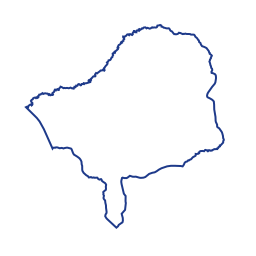 the district of Sameakki Mean Chey, Kâmpóng Chhnang, Cambodia, rotated 169°
{"feature_id": "14789045B48917657678011", "entity_name": "Sameakki Mean Chey", "entity_type": "district", "adm_level": 2, "iso_a3": "KHM", "parent_name": "Cambodia", "parent_adm1": "Kâmpóng Chhnang", "projection": "albers", "projection_center": [104.566, 11.892], "detail": "fine", "context": "isolated", "style": "outline", "palette": "blue", "viewbox_px": 256, "rotation_deg": 169, "n_neighbors": 0, "source": "geoboundaries", "source_scale": "gbopen_adm2", "svg_char_len": 5845}
<svg xmlns="http://www.w3.org/2000/svg" viewBox="0 0 256 256"><g transform="rotate(169 128 128)"><path d="M158.4,32.4L156.6,33.4L155.5,34.7L151.4,36.5L150.7,38.0L150.3,40.7L150.6,45.0L146.5,48.2L144.4,54.9L144.5,55.5L144.3,57.1L143.3,61.7L144.6,64.3L145.0,74.1L144.9,76.4L144.6,77.5L143.4,80.1L142.8,80.3L141.3,79.6L139.0,79.1L137.9,79.4L135.3,80.7L132.5,79.2L129.5,78.7L126.2,77.0L124.9,76.6L122.3,76.3L120.3,76.6L116.0,78.9L112.7,79.4L110.2,79.4L108.1,80.1L105.7,81.2L102.8,82.1L96.9,82.9L93.1,82.7L89.0,81.9L83.4,80.6L81.7,79.9L80.2,81.3L78.9,83.2L77.6,83.8L76.5,83.8L75.0,84.8L74.5,84.5L73.2,85.1L72.0,85.3L70.0,86.9L67.1,87.8L66.8,88.2L66.5,89.6L65.8,89.3L64.4,89.4L64.0,89.3L63.4,89.5L63.3,90.1L62.8,90.0L62.4,91.1L61.3,91.5L59.4,91.3L57.7,90.7L56.7,91.6L56.1,91.7L54.9,91.0L54.0,89.9L53.4,90.2L53.3,90.8L52.1,90.6L51.5,90.0L50.5,90.1L50.1,89.8L49.5,90.0L49.1,90.3L48.0,90.5L47.4,90.8L44.5,90.3L44.4,90.9L43.3,91.1L43.0,91.8L42.7,92.0L42.3,92.0L41.6,92.7L41.2,92.6L41.1,93.4L40.3,93.4L37.4,95.5L37.0,97.0L36.2,98.0L36.2,98.7L36.5,99.8L36.3,102.3L36.5,105.0L36.7,106.1L38.3,109.8L38.8,110.6L40.0,111.7L40.2,112.5L39.9,114.3L40.6,117.2L40.6,118.3L40.0,122.3L39.8,129.8L39.0,134.5L38.7,137.7L39.4,138.9L40.2,139.9L41.9,141.4L43.9,142.9L44.3,143.6L44.2,144.8L44.0,145.3L43.4,146.5L42.5,147.6L37.6,152.3L34.4,154.9L33.5,156.2L32.2,159.8L31.9,161.3L31.8,163.0L32.4,164.3L34.2,165.6L35.4,166.1L35.4,167.2L34.3,168.6L34.2,169.1L34.2,170.1L34.8,171.1L34.8,172.5L34.9,173.5L35.1,173.9L35.1,175.9L35.4,177.7L34.7,178.7L34.5,179.5L33.3,180.6L33.2,181.5L32.4,182.2L31.9,183.1L32.3,183.8L33.6,185.2L33.4,186.0L33.9,186.5L34.0,188.0L35.7,191.5L37.6,193.0L39.7,194.2L40.5,196.1L40.7,197.7L41.7,198.7L41.8,200.5L42.3,201.0L43.0,202.9L44.5,204.8L44.8,206.1L45.3,206.9L46.0,207.2L48.4,207.7L49.2,208.4L49.7,208.5L52.8,209.2L53.7,209.7L55.3,209.6L55.8,209.9L56.5,209.8L58.5,211.3L58.9,211.3L59.8,211.8L60.9,211.0L61.7,210.8L63.1,210.8L64.1,211.3L64.7,211.3L65.2,212.0L66.4,214.4L67.3,215.0L67.8,215.6L68.5,217.7L69.0,218.1L70.7,218.3L72.1,218.9L73.1,219.5L73.9,219.7L74.6,220.6L75.8,221.1L75.7,222.2L76.8,223.0L78.0,222.8L79.6,222.9L80.4,221.5L80.9,221.3L81.6,221.3L83.3,221.8L84.5,221.7L85.0,222.2L85.5,222.1L86.7,221.5L87.8,221.4L89.7,222.6L90.9,222.3L91.5,223.3L91.8,223.5L93.4,223.6L94.0,223.3L94.3,222.9L95.3,223.1L95.6,222.6L96.0,222.4L96.7,222.4L97.6,221.9L97.8,222.3L97.7,222.6L97.8,222.9L98.5,222.8L98.5,222.0L98.8,221.4L99.3,221.8L99.9,221.8L100.3,222.1L100.8,222.0L101.0,221.6L101.4,221.5L101.6,221.1L101.6,220.4L102.9,220.7L103.2,221.1L103.3,222.0L103.7,222.1L104.4,221.1L105.0,220.6L105.4,220.1L105.4,219.1L106.2,218.5L107.0,219.0L107.2,219.3L108.1,219.8L108.8,219.3L109.2,218.9L109.5,219.2L109.5,219.8L110.0,220.0L111.1,219.9L112.2,218.9L113.6,218.5L114.3,217.7L114.8,217.9L114.9,218.6L115.3,218.7L115.4,217.7L114.7,216.9L114.7,216.0L115.7,215.4L115.9,214.9L115.9,214.4L118.0,213.8L118.4,213.5L117.8,212.8L118.8,212.4L120.1,211.5L121.3,211.2L122.4,209.8L122.0,208.8L122.3,208.3L122.6,208.1L123.0,208.2L122.9,207.3L125.5,205.8L126.6,205.5L126.9,205.2L126.4,204.5L126.6,204.2L127.2,204.5L128.7,204.1L129.0,203.7L128.6,202.5L129.4,201.6L129.9,200.5L130.7,200.3L132.0,198.5L132.7,198.1L133.6,198.2L134.2,198.1L134.3,197.7L134.8,197.1L136.1,196.4L135.7,195.7L135.9,194.9L136.5,194.5L137.0,193.8L137.8,193.4L139.1,192.2L139.4,191.7L140.1,191.4L140.3,191.1L140.0,190.0L140.0,189.1L140.4,188.8L141.7,189.9L142.1,189.6L142.7,189.4L143.6,189.7L144.1,189.6L144.9,189.0L146.5,188.3L147.9,187.5L148.8,188.1L150.1,186.9L150.0,185.4L150.2,185.0L150.6,184.9L151.6,185.3L152.1,185.3L152.5,185.1L153.7,184.1L154.9,183.4L155.1,182.1L155.4,181.9L155.8,182.0L156.0,182.5L156.6,182.7L157.4,182.4L157.7,181.9L157.4,181.6L156.0,181.1L156.0,180.6L156.2,180.3L160.2,179.9L162.3,180.1L162.9,180.5L163.3,180.2L163.2,179.6L164.8,180.0L165.1,180.0L165.8,179.0L166.3,178.9L166.7,179.2L167.4,180.3L168.3,180.5L168.8,180.2L169.4,179.3L169.8,179.1L170.8,179.5L171.4,178.4L172.0,178.1L172.3,178.6L172.7,178.7L173.8,177.0L174.4,177.2L174.6,177.6L175.6,177.7L176.6,178.6L178.5,178.3L180.2,179.0L182.0,179.1L182.8,179.5L183.7,179.4L185.3,180.8L186.3,181.4L186.6,180.9L188.0,180.0L188.3,179.6L188.6,178.6L189.3,178.6L189.8,179.6L191.0,179.3L191.6,178.7L192.3,179.6L192.7,179.3L193.9,177.4L195.1,176.9L195.6,176.6L195.8,176.0L195.2,175.2L195.4,174.9L195.8,174.8L196.9,175.1L197.8,174.9L198.3,175.1L198.4,176.0L198.8,176.3L199.7,175.8L200.0,176.8L200.4,177.1L201.3,177.3L202.8,177.9L204.8,177.6L205.2,178.5L206.8,178.0L207.4,177.5L208.8,177.7L209.4,176.8L210.2,176.4L210.0,175.5L210.6,175.0L210.9,174.9L211.1,175.6L211.5,175.7L211.9,175.5L212.1,175.0L212.6,174.8L213.2,175.6L214.3,175.6L215.5,175.2L215.8,174.6L216.4,174.2L217.2,174.0L218.1,173.1L217.9,172.1L217.1,170.8L217.3,170.4L217.2,169.7L217.3,169.4L217.8,168.8L218.2,168.6L218.4,169.7L218.7,169.7L219.1,169.5L219.5,169.6L221.3,168.8L221.6,168.6L221.8,168.2L222.2,168.1L222.2,167.3L222.8,167.3L223.5,168.1L224.2,167.9L215.6,155.3L213.5,151.2L210.8,142.9L206.0,122.2L205.3,122.9L203.7,122.7L203.4,122.5L202.8,122.7L202.2,122.7L200.8,122.3L199.0,121.2L196.8,121.1L195.1,120.2L194.4,120.4L192.1,120.4L191.1,120.2L187.9,118.7L187.5,118.1L187.3,117.3L186.8,114.2L186.2,112.3L183.2,109.5L181.5,107.6L180.8,106.3L180.3,104.8L180.1,103.8L180.4,101.1L180.2,99.6L180.9,95.7L180.9,94.6L180.1,92.4L178.0,89.6L176.5,88.3L176.2,87.9L176.0,87.0L174.7,86.8L173.7,86.9L173.2,86.4L172.3,86.0L171.0,86.0L170.6,85.6L167.6,85.1L166.9,83.6L165.9,82.8L164.5,83.0L164.1,82.9L163.8,82.3L163.8,81.3L162.6,79.8L161.1,78.4L160.6,77.5L160.3,76.4L161.0,74.5L161.1,73.1L161.5,71.6L164.4,70.0L164.6,69.3L164.5,68.6L164.9,67.4L164.5,66.2L165.4,64.0L165.3,63.1L164.8,62.0L164.3,61.3L164.5,58.9L164.4,56.3L164.8,53.8L165.0,50.0L165.3,48.7L166.5,47.4L167.2,45.8L167.0,45.1L166.4,43.5L165.7,42.4L158.4,32.4Z" fill="none" stroke="#1e3a8a" stroke-width="2"/></g></svg>